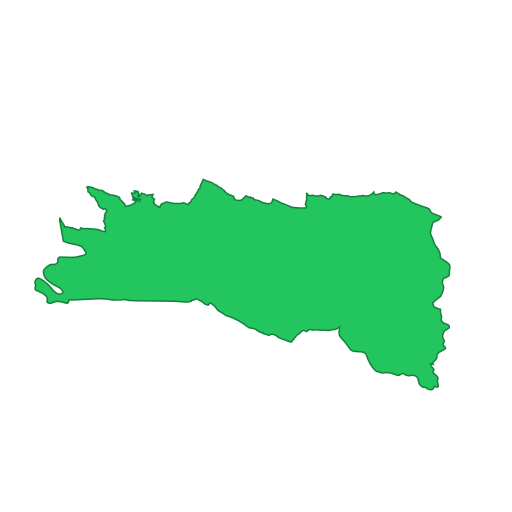 Chaloem Phra Kiat, Saraburi, Thailand, rotated 104°
{"feature_id": "78962969B71448871190318", "entity_name": "Chaloem Phra Kiat", "entity_type": "district", "adm_level": 2, "iso_a3": "THA", "parent_name": "Thailand", "parent_adm1": "Saraburi", "projection": "equal_earth", "projection_center": [100.901, 14.65], "detail": "fine", "context": "isolated", "style": "filled", "palette": "green", "viewbox_px": 512, "rotation_deg": 104, "n_neighbors": 0, "source": "geoboundaries", "source_scale": "gbopen_adm2", "svg_char_len": 6059}
<svg xmlns="http://www.w3.org/2000/svg" viewBox="0 0 512 512"><g transform="rotate(104 256 256)"><path d="M347.7,435.6L347.6,427.5L345.5,426.7L343.9,427.0L342.1,420.2L335.2,397.4L333.7,389.2L333.6,385.1L331.2,376.2L330.0,373.0L329.8,368.2L328.2,360.4L322.4,336.1L319.4,323.0L317.7,313.4L317.0,310.8L316.0,308.5L315.4,307.9L314.3,307.7L314.0,305.8L312.3,304.2L312.0,303.7L312.4,301.0L313.0,299.5L313.3,297.3L315.0,293.9L315.3,291.3L315.0,290.2L312.9,289.5L312.5,288.2L313.3,287.2L314.4,284.4L317.8,280.0L318.4,278.7L319.4,274.9L321.0,270.9L321.5,264.6L322.9,257.6L324.5,252.5L327.3,245.4L326.9,239.9L328.9,234.1L328.9,230.9L329.4,230.8L329.8,224.8L329.6,224.0L328.0,221.8L327.8,220.2L328.3,217.2L329.4,215.1L330.0,212.3L330.5,206.6L330.9,204.7L331.1,201.5L330.9,200.9L322.8,197.1L320.7,195.1L318.0,193.5L316.8,192.2L316.6,191.5L317.1,188.6L314.2,186.4L314.3,183.2L313.0,179.8L312.2,174.3L311.3,171.5L311.1,169.2L310.3,166.0L308.8,164.0L308.6,162.5L307.9,160.9L304.6,157.6L310.1,157.0L312.6,156.0L314.5,154.2L318.4,148.4L324.2,141.3L324.8,139.2L324.7,137.1L323.4,129.7L323.6,127.9L324.2,125.8L328.7,122.7L332.9,119.2L336.4,115.3L338.1,112.8L338.7,111.4L338.8,110.1L338.6,109.1L339.0,108.2L338.9,104.9L337.6,101.6L336.9,97.4L337.6,89.7L337.0,88.1L334.7,85.7L334.3,85.0L334.3,84.2L335.2,82.6L335.3,79.4L335.0,78.0L334.0,76.1L333.7,72.7L334.0,71.4L335.6,69.3L340.6,66.7L342.3,64.3L342.8,63.0L342.9,61.9L342.5,59.3L343.5,57.3L343.6,56.4L343.4,53.5L342.4,52.3L341.6,51.8L340.2,51.6L339.4,51.2L339.2,50.1L339.5,49.4L339.5,48.4L338.6,47.7L337.9,47.7L333.6,49.7L330.3,49.9L328.8,51.4L326.4,56.0L325.5,56.3L323.4,55.8L322.8,56.2L320.1,59.6L319.0,60.3L318.2,60.5L318.3,57.8L317.8,58.2L316.5,58.5L312.7,56.3L311.2,55.9L307.8,56.4L306.7,56.1L305.6,55.4L300.5,50.2L299.8,49.8L298.9,50.1L297.5,52.5L296.9,53.0L295.6,53.2L294.0,52.6L292.9,52.7L289.7,55.2L287.6,55.7L284.2,55.4L282.6,54.5L279.1,51.3L278.4,51.2L277.1,51.7L276.6,52.5L276.2,53.3L275.6,58.0L275.0,59.1L273.3,61.0L269.9,61.2L266.7,63.2L263.1,64.1L263.0,66.8L262.3,70.8L260.0,72.7L259.1,72.9L258.0,72.6L255.4,71.0L250.4,67.0L245.6,66.2L242.8,66.1L241.1,66.3L239.9,66.8L237.3,68.7L233.6,69.0L232.0,68.2L231.1,66.6L229.3,64.6L228.4,64.0L227.1,63.9L224.5,64.6L219.7,65.2L217.8,66.0L216.9,67.1L216.0,69.0L213.4,76.1L212.8,76.8L209.4,77.9L205.8,80.4L201.2,85.8L197.0,88.4L192.2,92.1L188.7,92.6L181.3,92.5L180.5,92.2L179.7,91.3L177.1,87.8L174.1,85.9L173.3,85.9L173.1,86.3L171.9,95.3L171.0,97.0L168.7,99.1L168.0,100.8L167.5,108.0L166.1,118.3L164.1,120.9L163.4,123.9L162.1,127.6L161.6,131.1L160.1,135.9L162.2,136.9L162.6,138.9L162.3,142.0L163.5,144.9L163.7,147.7L164.4,149.1L165.8,150.8L167.6,154.7L167.4,155.5L166.6,156.5L165.4,157.2L168.5,159.0L170.2,161.1L171.5,164.4L171.3,166.8L172.3,168.4L172.7,170.4L173.8,172.3L174.9,176.1L175.7,178.0L175.4,181.9L176.2,184.5L176.3,186.3L176.3,189.2L175.9,189.8L177.2,194.0L177.2,196.3L177.6,196.6L179.8,196.7L180.6,198.0L182.5,198.3L183.5,199.1L183.1,200.4L183.3,201.5L183.2,202.0L182.2,202.3L181.9,202.8L182.0,204.4L181.5,205.1L181.9,205.8L181.5,206.4L181.7,207.3L181.4,207.9L181.5,208.3L183.0,210.3L183.0,211.7L183.5,213.1L183.3,215.7L184.2,217.5L184.4,218.7L184.4,220.1L183.2,221.2L183.0,221.9L189.3,220.5L193.7,220.6L194.3,220.4L195.8,219.0L196.8,219.0L197.2,219.2L197.5,219.9L198.7,224.5L199.9,231.4L199.9,233.6L198.5,243.0L198.7,243.7L197.6,247.7L196.6,253.3L200.5,253.7L201.1,254.2L201.8,255.4L202.2,256.5L202.5,258.1L202.5,262.2L202.1,265.0L201.6,266.1L201.7,271.5L200.4,272.8L200.7,274.0L200.2,275.8L200.7,276.2L200.7,276.8L200.0,280.3L205.1,283.4L206.1,285.4L206.7,288.5L206.3,289.9L205.8,290.6L204.4,291.8L203.6,292.0L203.0,295.1L203.3,296.4L202.4,298.2L202.5,299.4L201.9,300.2L201.3,301.6L200.5,302.0L199.8,304.0L198.3,306.7L198.2,308.4L197.7,310.1L196.8,310.9L197.0,312.6L196.5,313.2L195.3,317.9L195.0,322.8L194.4,325.7L201.7,327.1L204.0,326.7L204.2,327.2L205.7,328.0L207.3,328.2L212.2,329.8L214.6,330.2L216.6,331.9L219.6,332.6L220.8,333.9L222.2,333.8L222.5,335.1L221.8,339.1L223.2,341.5L224.9,348.2L225.2,356.0L228.3,360.2L230.0,361.0L231.4,360.9L232.2,361.2L230.2,367.6L229.2,367.5L229.0,368.4L226.2,368.4L225.5,368.2L224.1,371.3L221.2,370.7L223.0,375.7L223.9,376.3L222.8,379.4L222.8,382.3L227.2,384.1L226.5,384.9L225.0,384.7L223.8,385.0L223.8,385.6L222.4,385.5L222.0,386.4L222.3,387.0L221.9,387.9L222.4,389.9L223.5,388.9L224.4,388.8L225.0,391.9L228.9,389.6L229.2,386.3L229.7,384.2L229.1,382.8L229.2,381.6L231.3,382.3L230.3,388.9L231.3,389.3L231.8,385.7L233.6,386.5L236.8,389.5L239.4,394.5L238.5,395.5L237.3,395.9L234.0,401.6L232.4,402.5L232.1,403.0L231.6,405.5L231.5,408.4L231.9,411.1L231.8,413.5L231.5,414.1L231.1,417.1L229.6,420.9L230.2,424.5L229.8,425.7L229.8,428.1L229.2,430.8L229.2,435.8L230.1,436.7L230.4,435.6L231.3,435.8L232.9,434.9L234.4,434.5L234.8,432.9L237.3,430.4L238.0,426.8L240.1,425.1L242.7,422.2L243.9,421.8L246.0,420.0L247.6,415.9L247.6,415.4L246.7,414.5L246.7,414.1L248.0,411.7L249.7,411.9L250.6,412.6L252.1,412.4L252.8,412.9L254.4,412.2L255.6,412.5L257.1,411.7L258.8,412.5L262.6,409.5L264.4,409.1L265.2,409.7L266.4,408.8L268.3,408.0L269.0,408.4L269.2,410.8L268.6,414.4L268.8,418.2L270.4,427.3L271.4,430.3L270.9,432.6L273.4,433.4L273.8,434.3L273.1,441.3L273.4,442.4L273.5,447.1L274.3,448.9L273.0,449.2L268.0,454.4L266.1,455.5L268.7,455.2L288.2,446.5L288.8,441.0L288.5,431.4L289.0,427.7L289.8,426.1L293.3,422.2L294.3,421.6L294.9,421.5L296.2,422.3L297.0,423.3L300.8,430.8L301.8,434.0L304.5,446.1L304.9,446.7L306.3,447.6L309.8,446.9L311.7,447.6L312.8,449.2L313.7,452.6L314.6,454.1L316.9,456.2L320.4,458.4L322.8,458.5L325.3,457.5L327.9,455.4L329.0,454.1L330.1,452.2L332.5,446.5L334.6,438.1L336.0,436.1L337.3,434.8L338.2,434.5L339.3,435.0L340.3,436.4L340.5,437.3L340.5,439.4L340.1,441.0L338.5,444.3L334.1,450.6L332.9,453.1L331.4,456.3L330.2,460.6L330.2,462.0L330.7,462.9L332.4,463.9L334.3,464.3L335.0,464.2L337.9,462.7L340.9,462.5L342.1,461.9L342.5,460.9L343.7,454.3L344.4,452.4L345.8,449.7L347.6,448.1L350.6,447.9L351.6,447.1L351.9,445.6L351.6,443.8L348.9,439.7L348.0,437.3L347.7,435.6Z" fill="#22c55e" stroke="#15803d" stroke-width="1.5"/></g></svg>